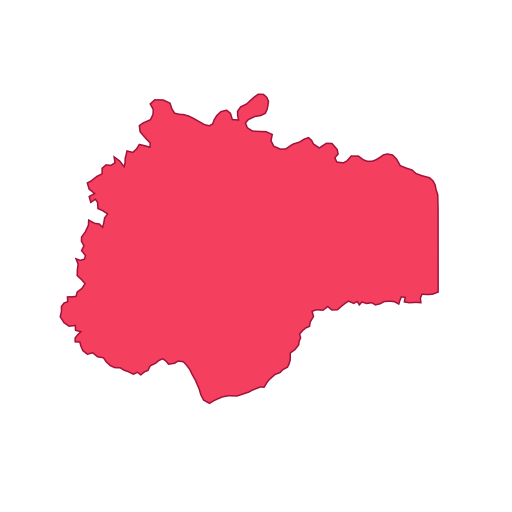 Pinhal Grande, Rio Grande do Sul, Brazil (Albers equal-area conic projection), rotated 290°
{"feature_id": "56859067B41632636644802", "entity_name": "Pinhal Grande", "entity_type": "district", "adm_level": 2, "iso_a3": "BRA", "parent_name": "Brazil", "parent_adm1": "Rio Grande do Sul", "projection": "albers", "projection_center": [-53.335, -29.303], "detail": "fine", "context": "isolated", "style": "filled", "palette": "rose", "viewbox_px": 512, "rotation_deg": 290, "n_neighbors": 0, "source": "geoboundaries", "source_scale": "gbopen_adm2", "svg_char_len": 3222}
<svg xmlns="http://www.w3.org/2000/svg" viewBox="0 0 512 512"><g transform="rotate(290 256 256)"><path d="M342.4,104.4L338.6,101.8L333.1,104.6L328.6,112.6L326.0,117.9L322.0,119.2L321.6,113.7L320.9,108.2L315.9,107.2L311.2,104.8L310.6,98.8L306.4,99.4L302.9,99.7L298.8,101.1L294.8,101.5L298.6,95.5L300.6,88.8L295.4,91.6L291.6,88.8L290.3,83.9L285.8,81.4L280.5,83.3L276.6,79.4L269.7,75.1L267.0,72.5L261.8,76.3L259.5,83.0L254.8,78.9L249.9,82.4L254.4,85.6L252.2,88.8L246.5,91.2L246.2,96.0L244.8,102.2L240.1,100.7L234.7,101.7L230.5,102.0L232.5,97.7L231.5,93.2L232.5,86.5L227.6,88.0L220.4,87.4L214.1,85.6L210.2,86.9L206.7,90.8L201.4,90.2L198.0,95.7L194.3,95.8L191.8,92.3L191.8,87.8L187.6,91.6L182.1,92.8L176.4,94.7L174.2,100.1L171.5,104.8L165.9,103.5L161.1,100.3L156.5,100.7L154.8,97.3L153.1,92.8L148.6,94.7L146.2,91.7L142.0,90.4L137.3,92.2L131.9,92.8L127.7,98.4L126.1,104.4L128.9,110.0L124.4,111.8L125.0,117.3L120.6,115.2L117.1,114.1L113.5,115.4L114.9,119.9L111.6,122.1L107.9,125.6L106.0,131.1L109.2,135.6L107.1,141.7L108.2,147.5L105.4,151.3L103.1,156.7L102.8,161.5L104.5,166.7L103.6,170.8L103.6,175.7L103.0,181.3L106.2,184.3L104.9,188.4L108.9,190.7L111.5,193.6L116.6,194.2L120.9,198.3L124.8,200.6L127.5,203.6L126.4,207.5L124.4,210.8L127.3,216.1L130.6,218.7L131.8,223.8L129.9,227.8L126.6,232.7L122.8,236.6L118.8,241.3L111.7,248.0L106.8,251.6L102.7,256.0L101.6,262.6L105.9,266.1L109.0,269.3L112.0,272.5L115.3,277.9L118.0,286.1L122.9,292.3L125.5,295.6L128.5,298.2L134.4,304.8L135.5,308.5L141.1,309.6L144.5,310.8L151.1,314.3L154.6,318.4L158.3,320.0L162.3,323.6L166.0,324.0L170.0,323.7L176.6,321.4L181.4,324.6L187.0,326.5L190.8,325.7L194.3,325.9L197.7,323.7L202.5,325.6L205.7,327.6L208.2,330.4L212.5,329.5L218.9,330.7L223.2,327.6L226.1,331.1L228.0,337.5L233.0,340.7L231.2,345.7L233.4,351.0L237.5,353.2L241.8,355.8L245.2,358.3L244.9,364.0L247.9,366.7L245.4,369.8L249.0,371.3L249.2,376.2L251.7,380.8L250.9,385.0L253.5,388.9L257.0,392.0L259.3,397.1L260.4,401.7L259.7,406.6L263.4,406.4L267.4,406.6L268.1,410.4L263.6,411.1L264.5,416.0L267.2,422.3L268.5,426.9L272.8,424.8L276.9,425.1L278.5,430.5L280.5,435.0L284.4,439.5L362.2,411.1L375.6,405.9L380.4,402.2L384.1,400.0L387.1,396.7L388.9,392.3L388.2,384.2L388.2,378.0L390.2,373.3L390.0,367.5L390.2,360.7L395.1,355.0L397.6,349.8L396.8,344.5L394.6,341.2L391.5,339.0L387.4,335.8L384.8,332.8L383.1,328.3L383.1,324.0L384.9,318.1L382.5,311.3L376.4,308.9L373.5,306.4L371.9,299.8L375.3,296.5L379.9,298.3L383.9,295.8L387.7,288.9L386.0,283.6L379.2,278.5L380.9,271.7L383.7,268.6L385.2,264.9L382.3,261.3L377.9,257.9L374.0,252.7L371.0,250.3L366.7,247.3L364.8,242.5L365.2,235.1L369.5,230.7L375.7,229.7L376.3,223.0L374.4,217.2L372.2,210.1L373.5,204.0L377.4,200.6L381.5,202.1L386.8,207.3L389.6,212.4L393.2,215.9L397.7,216.3L401.6,215.7L405.5,214.9L408.7,211.9L410.4,207.8L408.8,202.8L404.8,200.0L399.2,197.0L395.8,195.3L390.8,190.5L385.6,189.2L381.8,190.7L377.8,193.1L376.1,187.1L381.3,183.2L383.0,178.6L379.7,173.7L374.6,171.1L369.6,170.1L365.2,170.1L362.4,167.5L361.8,162.7L363.9,150.4L364.5,144.6L364.1,139.5L362.8,135.0L362.4,130.6L365.6,126.5L370.2,122.9L370.9,115.4L368.1,107.4L362.7,104.6L358.6,109.3L353.8,110.8L348.0,110.2L342.4,104.4Z" fill="#f43f5e" stroke="#9f1239" stroke-width="1.5"/></g></svg>